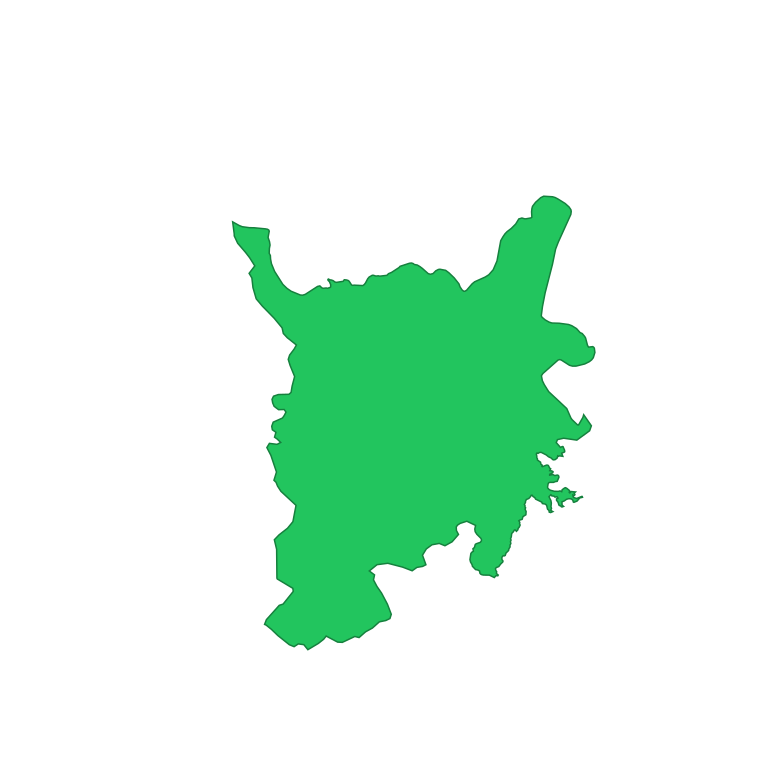 outline of Al-Qusayr, Homs (Hims), Syria, rotated 134°
{"feature_id": "27442178B51656539269606", "entity_name": "Al-Qusayr", "entity_type": "district", "adm_level": 2, "iso_a3": "SYR", "parent_name": "Syria", "parent_adm1": "Homs (Hims)", "projection": "orthographic", "projection_center": [36.533, 34.512], "detail": "fine", "context": "isolated", "style": "filled", "palette": "green", "viewbox_px": 768, "rotation_deg": 134, "n_neighbors": 0, "source": "geoboundaries", "source_scale": "gbopen_adm2", "svg_char_len": 6171}
<svg xmlns="http://www.w3.org/2000/svg" viewBox="0 0 768 768"><g transform="rotate(134 384 384)"><path d="M267.4,219.0L269.9,217.7L278.3,215.6L279.0,216.5L279.0,224.0L278.6,226.0L274.7,235.5L275.1,260.3L273.1,268.3L271.6,272.4L268.7,276.5L266.1,277.0L245.7,275.4L244.3,274.5L243.6,273.1L241.7,263.6L240.2,260.8L237.6,258.2L230.1,253.5L225.3,251.8L222.4,251.4L219.7,251.7L214.8,254.2L212.1,257.6L211.9,258.7L212.1,259.8L215.4,262.5L214.8,264.5L210.9,270.9L210.4,272.6L210.0,276.5L210.8,278.7L210.4,284.0L211.6,289.4L213.0,292.6L218.6,300.2L223.5,305.6L224.8,308.3L225.9,312.5L226.1,315.5L226.1,317.4L225.6,318.3L218.2,323.8L206.5,331.4L180.8,346.0L167.7,354.3L160.8,357.2L132.2,367.4L129.8,369.2L128.8,370.6L128.1,373.9L128.3,379.1L130.1,387.5L131.0,390.5L132.2,392.8L138.0,399.6L141.1,400.7L148.0,401.2L153.0,400.6L155.0,399.5L157.6,397.5L161.3,393.5L162.5,393.7L166.6,396.7L167.4,397.5L168.8,400.1L171.6,401.7L177.4,400.4L183.7,400.5L188.8,401.3L191.9,401.3L195.4,400.7L199.8,399.6L217.0,388.2L226.0,384.8L232.6,384.5L236.7,385.5L247.5,389.8L250.7,390.2L259.2,389.7L261.0,390.2L261.9,391.1L262.1,393.2L261.3,396.8L259.9,399.7L258.9,407.2L258.9,414.5L259.4,418.6L262.6,423.5L263.9,424.5L266.7,425.4L270.4,425.4L272.9,426.9L273.9,429.0L274.2,436.6L274.6,439.8L275.3,442.7L276.9,445.1L277.2,447.0L278.0,448.4L279.5,449.6L288.2,454.2L289.8,454.1L298.5,456.1L301.5,457.4L303.8,457.4L309.3,461.9L310.2,463.3L312.0,464.8L313.1,467.1L314.0,468.0L317.4,469.0L319.7,468.8L324.2,467.5L326.2,467.3L327.9,467.6L333.6,474.1L334.9,475.2L335.3,476.1L334.3,480.4L334.4,481.6L335.1,483.1L336.6,485.0L338.5,484.7L343.9,488.8L344.7,490.1L345.0,492.4L345.7,494.0L346.5,495.0L347.1,496.9L347.7,497.0L348.3,496.2L348.3,494.4L349.6,491.3L351.3,489.8L352.1,489.9L354.4,491.1L355.1,492.3L357.6,494.4L358.0,495.7L358.0,498.3L360.0,499.6L374.2,502.9L376.6,504.2L378.1,506.0L381.8,515.3L382.6,520.3L382.6,526.0L379.0,540.9L375.6,548.6L372.9,552.4L370.5,555.0L369.7,557.4L366.1,560.6L363.2,562.5L361.1,565.3L359.1,569.2L353.8,572.7L353.3,573.8L353.6,575.3L354.7,577.0L362.1,586.3L364.9,589.2L369.3,595.2L370.6,598.3L372.5,605.5L380.1,596.0L381.5,594.6L384.4,587.0L385.5,575.2L386.5,568.4L388.8,559.0L398.1,557.9L399.5,552.7L405.7,545.2L411.5,535.1L412.5,525.6L413.0,508.6L414.4,496.3L417.6,491.5L417.9,485.7L416.8,474.1L421.3,472.9L428.7,472.0L432.8,470.0L435.8,464.6L440.7,453.5L449.4,448.6L454.6,445.0L457.4,445.2L465.0,452.7L469.5,455.0L472.8,453.9L474.9,451.0L476.4,447.5L475.7,442.0L471.7,438.1L472.3,435.0L475.9,433.9L479.0,433.4L488.4,437.2L492.4,435.4L494.5,432.5L493.8,428.2L498.3,425.8L497.8,422.7L497.8,417.7L501.7,419.0L506.3,425.2L511.1,424.1L513.9,415.8L522.0,400.2L529.7,396.3L529.7,393.4L531.4,389.6L532.8,383.6L532.4,363.0L546.3,353.9L554.8,353.2L565.4,354.7L572.2,354.7L577.5,346.4L598.0,326.2L598.4,325.3L594.3,307.7L596.2,305.2L612.4,303.7L616.0,305.6L635.2,304.9L639.9,302.9L639.3,301.3L638.7,294.5L638.7,285.7L637.3,271.0L635.4,266.2L630.5,265.1L627.2,260.6L628.0,254.2L616.2,251.0L609.5,250.1L605.5,250.5L601.9,238.1L598.8,234.5L585.9,229.6L583.7,225.8L575.1,225.1L567.6,222.8L558.3,222.1L552.9,218.4L548.6,216.8L544.6,218.8L540.0,228.6L536.1,240.5L534.5,248.5L532.2,255.5L527.9,258.2L528.7,264.7L518.8,263.5L510.3,256.7L502.8,243.4L498.8,234.0L493.0,232.9L488.4,229.5L484.9,228.3L480.4,237.4L473.2,239.0L466.3,237.8L460.3,233.5L458.0,227.8L450.2,225.4L440.5,225.9L439.1,230.1L436.7,232.7L434.5,233.1L431.4,232.4L425.2,229.1L422.1,219.9L425.3,217.9L426.9,215.8L427.6,212.9L427.7,207.1L428.3,205.7L429.2,205.0L430.9,204.7L434.9,206.7L436.0,206.9L438.8,205.4L440.7,205.6L442.2,203.5L444.3,204.0L445.7,203.7L450.6,200.2L451.9,198.2L452.8,195.1L453.7,193.8L453.9,189.2L452.8,187.6L452.1,185.5L453.5,183.5L453.6,182.4L453.2,181.1L452.3,179.7L448.3,175.4L446.6,170.2L444.1,170.3L442.9,168.9L442.1,169.1L442.2,171.5L440.7,172.6L440.4,174.2L439.3,175.6L438.0,175.7L435.6,174.6L432.5,175.0L429.6,174.9L428.7,175.4L428.3,177.3L426.8,178.8L424.7,179.0L424.0,178.0L423.1,177.7L420.9,178.8L417.3,178.7L415.7,179.7L413.7,180.1L412.3,181.5L410.7,181.9L409.5,183.6L408.0,184.2L407.4,185.5L405.6,186.2L402.8,188.3L400.4,188.3L398.4,188.8L397.8,188.1L398.0,186.4L396.0,186.4L394.6,187.2L393.0,187.3L390.9,188.1L390.3,189.5L389.2,190.2L388.7,192.0L387.6,191.8L385.4,190.6L382.9,191.9L379.5,191.1L377.0,193.2L376.0,195.7L374.7,196.1L374.5,197.2L373.5,198.1L373.1,199.4L371.0,199.9L370.3,200.6L368.2,201.4L365.8,200.3L363.0,200.4L361.8,200.8L361.1,200.2L361.4,198.6L361.0,196.6L361.5,195.0L359.4,188.5L360.0,187.0L358.5,184.8L358.2,183.7L358.5,182.4L360.4,179.5L360.4,177.5L361.4,176.1L360.7,174.8L358.5,173.9L359.1,176.3L357.1,177.1L356.3,178.6L353.4,180.9L351.9,183.0L350.5,187.0L347.8,187.1L347.6,186.4L347.9,185.5L346.6,183.9L346.6,182.4L344.9,181.4L345.2,179.6L346.8,180.1L347.8,179.1L348.2,176.5L349.5,174.3L349.6,173.5L349.0,172.3L349.1,171.1L348.8,170.5L347.3,169.8L347.4,171.2L347.1,172.2L345.1,174.1L342.9,173.1L340.1,172.6L338.0,171.3L336.5,169.3L336.4,167.5L337.4,165.8L337.2,165.2L334.2,163.8L329.9,164.0L327.6,162.5L327.2,163.3L327.4,163.6L332.5,165.9L333.9,168.7L333.8,169.5L332.7,170.9L332.4,169.8L331.2,169.7L330.8,170.0L330.8,170.9L330.4,171.4L328.7,171.3L331.5,174.9L332.7,174.5L333.4,174.9L333.3,175.5L332.2,176.0L331.8,176.9L332.1,180.2L332.5,181.4L333.4,181.9L336.3,182.4L338.0,181.4L338.6,183.1L340.1,184.0L342.8,186.9L344.8,190.5L345.2,192.1L345.1,193.8L344.6,194.7L341.8,196.6L340.7,196.9L339.6,196.4L337.0,193.7L335.3,193.0L333.7,191.8L329.7,193.3L328.9,194.2L328.7,195.2L329.1,196.1L331.2,197.5L331.9,199.7L334.5,201.5L333.9,202.1L330.4,201.0L329.6,201.6L330.0,203.0L331.2,204.6L329.2,205.2L329.4,206.4L328.5,209.0L328.6,209.8L329.5,210.8L333.4,212.6L333.6,213.1L332.5,213.8L332.7,215.4L331.5,217.1L332.1,220.8L331.3,221.6L330.8,223.0L329.7,224.0L328.6,225.8L327.3,226.0L326.9,225.0L325.3,224.6L324.0,223.5L322.3,218.0L322.1,215.2L321.1,212.2L321.2,210.2L320.7,209.2L319.4,208.3L317.0,208.0L315.0,209.1L314.8,208.2L313.9,208.0L311.8,205.1L310.4,208.1L307.5,206.9L306.9,207.2L306.1,208.3L304.7,211.7L305.1,212.3L307.0,213.0L306.5,219.4L303.5,220.6L298.2,217.1L290.4,206.3L274.8,203.6L270.0,205.8L267.4,219.0Z" fill="#22c55e" stroke="#15803d" stroke-width="1.5"/></g></svg>